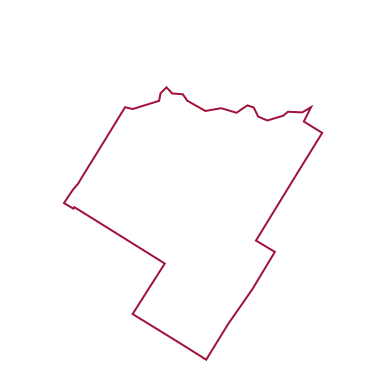 Chilton, Alabama, United States of America (orthographic projection), rotated 302°
{"feature_id": "52423323B35365477332818", "entity_name": "Chilton", "entity_type": "district", "adm_level": 2, "iso_a3": "USA", "parent_name": "United States of America", "parent_adm1": "Alabama", "projection": "orthographic", "projection_center": [-86.654, 32.866], "detail": "fine", "context": "isolated", "style": "outline", "palette": "rose", "viewbox_px": 384, "rotation_deg": 302, "n_neighbors": 0, "source": "geoboundaries", "source_scale": "gbopen_adm2", "svg_char_len": 658}
<svg xmlns="http://www.w3.org/2000/svg" viewBox="0 0 384 384"><g transform="rotate(302 192 192)"><path d="M99.3,292.6L141.7,294.7L160.6,294.4L185.1,294.0L184.7,272.0L264.4,271.3L311.1,271.1L311.0,249.5L327.0,248.0L317.9,243.3L310.9,230.8L305.1,229.0L292.6,218.0L291.0,208.2L296.4,199.5L294.8,193.1L288.9,190.4L282.8,187.8L278.5,172.3L267.8,160.4L266.9,139.6L270.0,132.5L265.1,123.0L267.2,114.9L259.0,113.0L251.9,115.8L230.9,97.7L228.4,90.3L178.2,90.7L148.0,90.8L138.6,91.0L131.1,89.8L114.8,89.3L115.0,100.2L116.8,100.2L116.9,174.1L116.9,201.0L116.9,206.8L57.0,206.3L57.4,259.9L57.3,292.9L99.3,292.6Z" fill="none" stroke="#9f1239" stroke-width="2"/></g></svg>